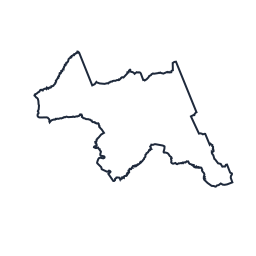 Kahemba, Bandundu, Democratic Republic of the Congo, rotated 248°
{"feature_id": "63176286B37251946319002", "entity_name": "Kahemba", "entity_type": "district", "adm_level": 2, "iso_a3": "COD", "parent_name": "Democratic Republic of the Congo", "parent_adm1": "Bandundu", "projection": "albers", "projection_center": [18.943, -7.197], "detail": "fine", "context": "isolated", "style": "outline", "palette": "slate", "viewbox_px": 256, "rotation_deg": 248, "n_neighbors": 0, "source": "geoboundaries", "source_scale": "gbopen_adm2", "svg_char_len": 5765}
<svg xmlns="http://www.w3.org/2000/svg" viewBox="0 0 256 256"><g transform="rotate(248 128 128)"><path d="M83.3,101.5L83.5,101.7L83.2,102.1L83.6,102.5L83.4,103.0L83.7,103.3L83.6,103.6L84.1,103.9L83.7,104.2L84.1,104.7L83.6,105.2L84.3,105.3L84.4,105.6L84.0,105.9L84.5,106.2L84.7,107.1L84.2,108.6L84.6,109.4L84.8,109.6L85.0,109.2L85.7,109.6L86.1,110.3L86.4,110.4L86.5,110.6L85.8,110.7L85.7,111.0L86.7,112.6L88.3,112.6L88.3,113.1L89.3,113.9L89.4,114.3L89.0,114.4L88.7,115.5L89.7,116.6L89.5,117.2L89.9,117.1L90.9,118.4L90.6,119.5L90.0,119.8L90.3,120.2L89.7,120.4L89.5,120.9L89.6,121.2L90.4,121.7L89.9,122.7L90.1,123.3L90.5,123.1L90.7,123.3L90.4,124.5L91.1,126.9L91.7,126.6L92.0,127.1L91.8,128.1L91.9,128.8L93.0,130.5L93.1,131.1L94.0,131.7L94.8,133.3L96.6,134.1L97.0,135.2L97.7,135.7L97.9,137.4L98.5,137.9L98.6,138.5L99.7,139.3L99.9,140.1L99.4,140.5L99.8,140.8L99.8,141.6L100.3,141.3L101.1,141.8L102.5,141.6L103.2,142.9L103.8,143.4L103.0,144.9L103.0,146.6L102.7,147.4L98.7,153.7L97.4,154.9L97.0,154.9L95.0,153.9L92.8,152.2L92.1,152.0L91.7,152.2L91.2,153.6L89.9,155.2L88.6,155.8L86.4,156.2L84.8,157.2L83.7,157.2L83.6,156.5L83.3,156.3L81.6,156.1L80.1,155.2L79.1,155.4L78.0,156.4L77.8,158.9L76.4,159.5L76.0,160.2L76.3,161.7L75.9,162.5L75.6,164.4L75.1,164.7L75.0,165.4L75.3,165.9L74.8,166.1L75.1,166.8L74.8,168.3L74.5,168.5L75.1,170.0L74.5,170.8L74.4,171.3L72.5,171.4L71.7,171.7L70.2,173.4L69.6,173.5L69.4,173.8L69.7,174.0L69.1,175.0L68.4,174.5L68.0,174.9L67.8,174.5L67.5,174.6L67.3,175.1L66.9,175.1L66.7,175.8L66.3,175.8L66.3,176.3L65.8,176.4L65.6,176.9L66.2,177.3L65.7,177.5L65.6,178.0L65.1,177.9L64.6,178.7L64.9,179.1L64.4,179.3L64.4,180.1L64.0,180.4L63.7,181.1L61.4,181.2L60.9,180.7L59.7,180.8L57.8,181.5L56.7,181.5L56.2,181.4L54.3,180.0L53.7,180.1L53.6,180.5L53.0,179.9L52.5,180.1L52.7,179.4L51.5,179.3L47.2,181.2L43.0,183.9L42.1,185.8L40.9,187.0L40.8,187.6L41.4,188.9L41.1,190.7L41.8,193.2L39.9,194.7L39.1,196.4L38.6,198.8L38.5,204.4L43.3,204.6L44.9,205.4L46.0,206.9L46.9,207.3L48.4,206.0L57.0,206.1L57.2,205.0L55.9,203.4L56.5,202.3L56.8,201.0L60.0,200.5L61.5,198.3L66.3,197.0L67.0,196.5L70.8,196.9L72.0,196.5L73.6,196.4L74.8,196.9L74.1,197.5L74.5,198.7L75.7,199.0L76.3,198.6L76.7,198.7L76.8,199.1L78.7,199.8L79.7,199.3L80.6,199.8L81.5,199.0L82.5,198.6L81.9,197.5L93.6,197.4L93.9,196.9L94.1,195.0L95.1,194.3L96.0,193.0L96.2,191.7L115.2,190.7L115.5,193.9L115.2,194.0L115.1,194.3L115.8,194.7L117.0,196.8L117.0,197.4L171.5,197.3L171.9,195.7L171.5,193.8L164.7,191.2L164.7,189.9L164.5,189.5L163.5,189.0L163.9,187.4L164.6,187.0L164.5,185.9L165.3,185.4L165.2,181.2L166.7,179.1L167.3,178.7L167.2,177.9L167.6,177.4L167.6,176.5L168.6,172.3L169.2,171.6L169.0,169.9L168.5,169.3L168.3,168.5L168.3,167.2L167.3,166.0L166.2,163.5L165.8,161.3L166.7,160.8L166.8,160.1L173.8,160.3L174.8,160.0L175.6,159.0L175.6,158.1L176.5,157.0L175.8,154.4L176.7,154.2L178.1,153.2L178.9,151.9L180.2,151.5L181.2,151.9L181.3,151.8L180.9,150.5L180.2,149.8L179.3,149.4L179.3,148.6L179.8,148.6L179.9,148.3L178.8,147.7L176.5,142.7L177.3,141.6L177.1,140.5L176.9,140.4L175.9,138.0L176.4,137.6L176.0,137.0L176.6,135.7L176.5,133.9L177.1,132.7L177.3,131.2L177.0,130.8L177.5,129.0L177.1,128.2L177.3,127.6L176.7,126.3L177.3,125.6L177.7,122.8L179.9,118.5L182.1,116.0L182.5,115.9L181.1,113.5L180.9,110.8L216.2,110.9L217.3,110.3L216.8,109.7L217.5,109.4L217.1,109.0L216.8,108.2L216.9,107.8L216.5,107.2L216.6,105.7L215.9,105.5L215.7,105.2L216.1,104.4L215.8,103.3L215.9,102.8L215.3,102.3L215.4,101.7L214.7,101.7L214.6,99.9L214.1,98.7L212.1,97.3L211.6,96.2L211.7,95.5L211.5,95.1L210.7,95.0L210.4,93.3L209.5,93.4L209.4,92.6L208.6,91.5L207.9,91.3L207.5,90.5L206.6,90.2L206.9,89.8L205.9,88.6L205.9,87.8L205.2,88.0L205.0,86.9L204.2,86.4L204.4,85.6L203.9,85.6L203.9,84.9L203.3,84.7L202.5,83.7L201.7,83.4L201.8,82.7L201.0,81.9L200.5,82.0L200.3,81.2L199.2,79.6L199.0,78.9L197.8,78.7L197.3,77.6L196.5,77.3L195.5,75.0L195.1,74.6L195.1,72.9L195.4,72.6L194.5,71.8L194.5,71.0L195.0,70.4L194.4,69.2L195.0,69.1L195.2,68.7L194.7,67.4L195.7,67.5L195.1,66.5L195.6,65.6L195.5,63.7L194.7,63.1L194.9,62.6L195.9,62.0L196.1,61.2L195.9,60.6L194.9,59.4L194.7,57.8L194.1,56.2L194.0,54.3L193.5,54.1L193.3,53.5L192.9,53.5L192.4,53.9L190.9,54.2L189.8,55.0L188.7,55.3L186.6,55.0L183.6,54.0L182.2,53.9L178.6,52.1L177.5,50.8L177.1,50.6L176.3,50.9L175.1,50.5L174.6,49.4L173.4,48.8L172.4,48.7L171.1,49.6L170.6,50.6L168.4,56.4L167.7,57.4L165.6,58.2L164.4,58.0L163.6,57.5L162.6,57.5L163.4,58.9L163.8,60.4L163.6,62.6L163.1,63.4L163.6,64.4L163.1,65.0L163.2,65.7L162.5,67.1L162.4,68.9L161.8,69.9L161.9,70.7L161.7,71.4L162.0,72.0L162.0,73.0L161.5,73.5L161.6,75.2L160.4,76.7L159.0,81.0L159.2,81.4L158.3,82.5L158.1,84.7L157.7,85.2L157.8,85.7L157.5,86.8L157.9,87.8L158.5,88.4L158.3,89.4L157.9,89.9L157.2,89.6L156.8,90.0L155.5,89.4L154.8,90.0L153.8,90.3L153.3,91.3L151.9,92.5L151.0,94.6L150.3,95.2L150.0,95.9L149.0,96.3L148.6,97.1L147.4,97.1L146.6,97.6L145.9,99.3L145.3,99.3L145.0,99.8L144.6,99.9L144.2,100.6L143.7,100.9L143.6,102.1L142.8,102.4L141.5,102.1L140.6,102.3L140.1,101.8L139.5,101.8L138.8,102.3L138.1,102.3L136.7,103.0L132.5,103.9L132.0,100.6L130.0,96.9L129.8,95.9L129.4,95.6L129.1,94.6L128.0,94.2L127.1,93.4L127.5,92.9L127.4,92.4L125.7,92.2L124.9,92.8L123.7,92.5L123.2,90.8L123.5,90.4L123.4,89.6L123.1,89.4L122.8,89.9L122.6,89.5L121.5,90.5L121.3,91.0L121.5,91.6L121.2,91.8L121.3,92.7L121.1,93.0L119.8,93.0L119.1,93.4L118.9,93.8L117.8,93.5L116.8,94.0L116.1,94.0L114.2,92.5L113.0,92.2L112.3,92.7L110.8,95.1L109.8,95.4L109.2,94.9L109.1,93.7L110.8,91.3L111.0,90.0L110.4,88.9L108.8,87.4L107.5,86.4L106.8,86.3L101.7,88.5L99.6,88.2L95.3,92.2L95.1,93.0L95.6,94.4L95.1,95.0L94.6,95.3L94.0,95.4L93.6,95.0L92.8,92.6L84.4,94.5L84.1,95.3L84.5,96.4L85.7,97.0L86.0,98.4L86.4,98.7L86.3,99.3L85.1,101.5L83.3,101.5Z" fill="none" stroke="#1e293b" stroke-width="2"/></g></svg>